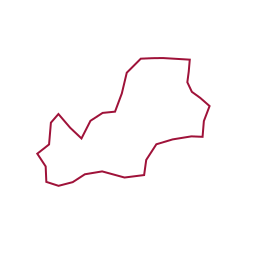 the district of Kato Koutrafas, Nicosia, Cyprus, rotated 216°
{"feature_id": "46923920B53882202230946", "entity_name": "Kato Koutrafas", "entity_type": "district", "adm_level": 2, "iso_a3": "CYP", "parent_name": "Cyprus", "parent_adm1": "Nicosia", "projection": "orthographic", "projection_center": [32.996, 35.097], "detail": "fine", "context": "isolated", "style": "outline", "palette": "rose", "viewbox_px": 256, "rotation_deg": 216, "n_neighbors": 0, "source": "geoboundaries", "source_scale": "gbopen_adm2", "svg_char_len": 561}
<svg xmlns="http://www.w3.org/2000/svg" viewBox="0 0 256 256"><g transform="rotate(216 128 128)"><path d="M162.4,36.4L150.2,40.4L140.9,51.7L135.7,65.2L123.4,77.7L101.7,85.9L87.3,99.4L94.5,112.9L95.5,131.5L85.2,145.0L71.8,158.5L62.5,164.7L70.7,178.2L74.9,193.7L87.2,194.8L97.6,194.8L106.9,199.9L112.0,209.3L118.2,219.6L140.9,205.1L149.2,198.9L158.4,191.6L161.5,172.0L153.3,152.3L148.1,133.6L157.4,125.3L162.6,111.8L159.5,92.2L174.9,94.2L192.5,98.4L193.5,87.0L182.2,68.3L186.3,53.9L172.0,48.5L162.4,36.4Z" fill="none" stroke="#9f1239" stroke-width="2"/></g></svg>